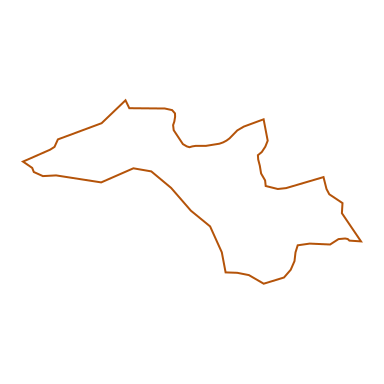 Litija, Natural Earth projection
{"feature_id": "SVN-961", "entity_name": "Litija", "entity_type": "Municipality", "adm_level": 1, "iso_a3": "SVN", "parent_name": "Slovenia", "parent_adm1": "", "projection": "natural_earth1", "projection_center": [14.944, 46.051], "detail": "fine", "context": "isolated", "style": "outline", "palette": "amber", "viewbox_px": 384, "rotation_deg": 0, "n_neighbors": 0, "source": "natural_earth", "source_scale": "10m", "svg_char_len": 971}
<svg xmlns="http://www.w3.org/2000/svg" viewBox="0 0 384 384"><path d="M125.5,100.3L129.3,108.2L164.8,108.5L172.1,110.1L175.0,113.4L175.1,116.8L174.3,121.6L173.1,125.1L173.7,130.2L182.9,144.1L186.8,146.4L189.5,147.2L192.3,146.4L195.5,145.9L205.7,145.9L219.4,143.7L223.1,142.4L226.5,140.6L229.5,138.4L237.3,130.4L243.8,126.6L263.6,119.3L267.7,140.7L265.3,146.7L261.8,152.0L257.9,155.2L258.2,159.5L259.8,165.7L261.1,173.5L265.1,180.4L265.7,186.0L277.8,189.0L286.1,188.1L323.5,177.1L326.5,189.0L329.3,194.3L342.5,203.1L341.9,213.2L361.0,241.4L349.4,240.6L347.7,239.0L345.1,238.5L338.5,239.1L330.1,244.5L309.7,243.6L297.7,245.3L295.5,252.4L294.5,261.1L290.7,269.8L284.0,277.5L263.7,283.7L248.9,275.1L237.2,272.8L225.6,272.4L221.8,252.3L210.1,226.4L190.9,210.7L171.1,187.9L151.3,171.4L133.4,168.3L101.2,182.4L56.1,175.4L42.9,176.1L33.8,172.0L32.2,167.9L23.0,161.6L50.1,149.7L54.5,146.9L57.9,139.4L101.6,123.2L125.5,100.3Z" fill="none" stroke="#b45309" stroke-width="2"/></svg>